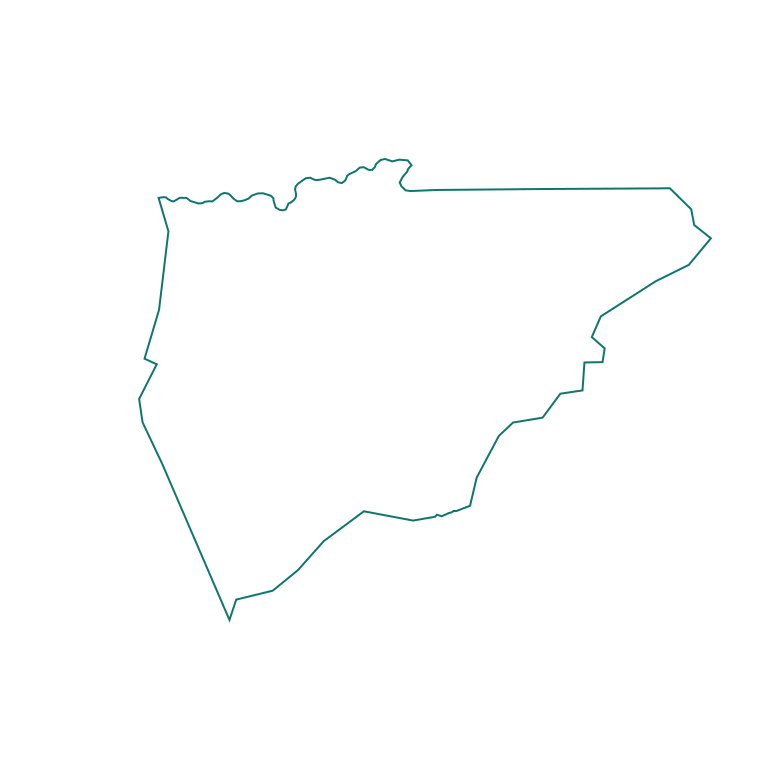 the district of Transylvania, North Carolina, United States of America, rotated 197°
{"feature_id": "52423323B19490558712126", "entity_name": "Transylvania", "entity_type": "district", "adm_level": 2, "iso_a3": "USA", "parent_name": "United States of America", "parent_adm1": "North Carolina", "projection": "mercator", "projection_center": [-82.75, 35.225], "detail": "fine", "context": "isolated", "style": "outline", "palette": "teal", "viewbox_px": 768, "rotation_deg": 197, "n_neighbors": 0, "source": "geoboundaries", "source_scale": "gbopen_adm2", "svg_char_len": 1702}
<svg xmlns="http://www.w3.org/2000/svg" viewBox="0 0 768 768"><g transform="rotate(197 384 384)"><path d="M654.0,496.1L634.8,467.0L620.8,389.1L620.4,338.2L607.1,336.4L613.8,298.1L603.7,276.8L572.5,242.5L462.8,113.2L462.3,134.6L429.9,153.9L412.4,180.1L411.7,181.2L395.7,216.1L366.0,256.4L316.3,261.9L296.5,271.9L295.2,274.4L290.1,274.4L284.1,279.7L281.8,281.0L280.4,282.9L277.6,283.7L266.1,292.8L268.0,321.5L259.0,367.9L249.3,384.9L222.5,398.2L212.5,426.3L192.3,435.9L198.6,463.2L181.4,468.8L183.4,482.6L199.0,489.6L196.4,512.1L154.1,561.8L127.3,587.1L114.0,618.9L133.8,626.7L141.3,640.9L167.9,654.8L177.8,651.6L292.3,615.9L390.5,584.9L415.0,576.3L420.1,575.5L422.5,576.9L422.6,577.0L425.3,578.3L427.9,581.3L426.7,587.4L424.8,591.8L423.9,593.8L423.9,596.2L423.2,598.1L421.6,601.2L426.7,604.8L434.9,603.0L441.2,599.3L448.7,599.5L452.7,597.3L455.9,592.1L456.1,589.0L457.9,585.2L461.4,584.3L466.6,585.4L470.4,583.9L473.1,579.5L478.7,574.4L480.1,572.4L480.3,568.7L480.9,566.8L483.1,563.8L487.1,563.5L490.4,565.0L496.2,565.4L505.3,560.5L508.9,559.0L512.2,559.2L514.9,559.7L519.0,557.9L524.9,550.2L526.2,547.1L525.9,544.0L523.7,540.1L523.0,537.6L523.2,535.7L523.9,533.7L525.7,531.0L527.1,529.4L528.1,528.7L528.4,525.9L528.9,522.2L531.6,520.5L534.7,520.0L539.2,521.1L541.2,524.0L543.2,527.1L544.1,529.3L547.3,531.0L555.4,531.0L560.5,529.3L565.3,525.7L567.7,521.8L570.7,519.2L574.5,516.9L577.9,515.8L582.4,517.4L586.4,519.8L588.8,520.5L592.7,520.0L595.6,517.6L597.4,514.2L601.5,508.4L605.1,507.5L609.1,505.6L609.7,504.5L611.3,503.5L614.3,502.4L622.6,502.4L627.3,504.2L633.7,502.4L638.5,497.1L640.8,496.8L645.5,497.9L646.8,498.7L649.5,498.2L654.0,496.1Z" fill="none" stroke="#0f766e" stroke-width="2"/></g></svg>